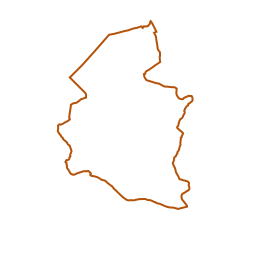 Nakhon Luang, Phra Nakhon Si Ayutthaya, Thailand (Mercator projection), rotated 160°
{"feature_id": "78962969B25127824305120", "entity_name": "Nakhon Luang", "entity_type": "district", "adm_level": 2, "iso_a3": "THA", "parent_name": "Thailand", "parent_adm1": "Phra Nakhon Si Ayutthaya", "projection": "mercator", "projection_center": [100.63, 14.474], "detail": "fine", "context": "isolated", "style": "outline", "palette": "amber", "viewbox_px": 256, "rotation_deg": 160, "n_neighbors": 0, "source": "geoboundaries", "source_scale": "gbopen_adm2", "svg_char_len": 5566}
<svg xmlns="http://www.w3.org/2000/svg" viewBox="0 0 256 256"><g transform="rotate(160 128 128)"><path d="M68.4,208.7L68.9,213.4L69.5,218.1L69.6,218.8L69.9,219.9L70.2,220.6L71.2,219.6L71.6,218.9L72.0,218.4L72.3,218.1L72.7,217.9L73.2,217.6L73.7,217.3L74.4,217.2L74.7,217.0L74.9,216.9L75.0,216.9L75.6,217.1L77.4,217.6L77.7,217.7L78.0,218.0L78.3,218.1L78.8,217.7L79.2,217.6L79.4,217.4L79.7,217.1L79.9,217.0L80.1,217.0L80.2,217.4L80.1,217.7L80.1,217.9L80.2,218.2L80.6,218.8L80.8,218.9L80.9,219.0L85.9,219.1L86.2,219.3L86.7,219.4L90.2,219.7L92.9,219.7L94.5,219.7L97.5,220.2L106.6,221.0L108.1,221.1L113.9,222.1L133.7,211.2L145.7,204.8L149.9,202.6L162.9,196.5L165.4,195.4L158.9,181.4L156.4,176.1L156.2,175.6L156.1,175.0L156.0,174.5L156.0,174.2L156.1,173.6L156.3,172.8L157.0,171.0L157.3,171.1L159.0,171.1L160.8,171.0L162.4,171.1L165.5,169.9L166.7,169.6L167.9,169.4L168.8,169.4L169.3,169.5L170.2,169.9L170.5,169.9L171.7,169.8L173.6,169.4L173.7,169.0L173.9,168.7L174.6,167.6L175.5,165.7L176.8,163.5L179.5,158.4L179.7,157.8L179.7,157.6L179.6,156.3L179.6,156.1L179.9,155.8L181.2,155.6L182.3,155.1L182.8,155.0L184.5,155.0L185.0,154.8L188.3,154.2L189.3,154.2L190.3,154.2L190.9,154.8L191.1,154.9L191.4,154.9L192.5,154.5L192.9,154.3L193.0,154.1L193.2,153.0L193.8,151.4L194.3,150.5L194.7,149.8L194.9,149.4L195.0,148.4L194.9,147.7L194.3,145.4L194.1,145.0L193.8,144.5L193.7,144.4L193.7,143.6L193.6,142.6L193.2,141.9L192.7,140.9L192.7,140.6L192.8,140.1L192.8,139.8L191.5,137.4L190.6,136.0L190.4,135.5L190.3,134.5L190.2,134.1L190.1,133.3L189.4,132.1L188.9,131.6L188.8,130.0L188.9,129.1L188.8,127.4L188.8,126.9L189.1,126.1L189.1,125.9L189.0,125.6L189.0,125.4L190.0,124.4L190.2,124.1L191.0,123.2L191.3,122.6L191.8,121.8L191.8,121.6L191.8,121.2L191.9,120.9L192.3,120.7L192.9,120.5L193.1,120.4L193.3,120.1L193.6,119.3L193.8,119.0L194.0,118.8L194.3,118.7L195.7,118.5L196.0,118.5L196.7,118.9L197.0,118.8L197.3,118.6L197.7,118.1L198.4,117.5L198.4,117.3L198.4,117.2L197.9,116.7L197.7,116.4L197.7,116.1L197.8,115.9L198.1,115.4L198.2,115.1L198.2,114.8L198.1,114.5L198.1,113.7L198.2,113.4L198.6,112.9L198.7,112.6L198.8,111.9L198.9,110.6L198.8,110.4L198.4,109.7L197.9,106.9L197.8,105.5L197.7,105.2L197.3,104.6L196.8,104.1L196.4,103.7L196.2,103.2L195.9,103.1L195.3,102.9L194.5,102.5L191.7,102.8L185.1,102.6L184.3,102.5L183.4,102.2L181.7,101.4L181.0,101.5L180.3,101.4L180.1,101.3L179.9,101.0L179.7,100.9L179.2,99.8L179.0,99.0L178.7,98.7L178.5,97.8L179.1,97.5L179.4,97.2L179.5,97.0L179.5,96.6L179.2,96.1L178.4,95.3L177.9,95.1L176.8,94.5L174.4,92.9L173.8,92.4L173.0,91.6L171.9,90.3L171.6,90.0L171.1,89.1L170.7,88.6L170.2,88.2L167.9,86.6L167.6,86.3L167.1,85.7L166.2,83.7L165.1,81.9L163.1,78.9L162.7,78.1L162.4,77.4L162.4,77.2L162.3,76.7L162.1,76.2L162.0,75.5L161.9,75.4L161.6,75.2L157.7,67.1L156.2,64.3L154.1,61.3L153.7,60.9L153.2,60.4L152.5,60.0L152.1,59.8L149.8,59.1L147.4,58.1L146.2,57.9L145.4,57.9L142.4,57.4L141.7,57.3L140.1,56.8L136.4,55.5L135.9,55.2L135.1,54.6L134.9,54.4L134.5,53.8L132.7,53.0L132.2,52.8L131.6,52.4L130.1,51.1L129.7,50.6L129.2,50.1L128.8,49.7L128.7,49.6L127.9,49.0L127.6,48.5L127.0,48.2L126.6,47.6L126.0,47.1L125.7,46.8L124.7,46.3L123.7,45.6L123.1,45.0L120.2,42.2L118.5,40.7L117.0,39.7L115.9,39.1L114.9,38.6L113.1,37.9L112.1,37.3L108.5,34.8L99.4,33.9L99.2,34.5L99.2,35.0L99.8,36.9L100.7,39.8L101.5,42.0L101.7,42.8L101.7,43.3L101.3,44.3L101.3,44.7L101.2,45.4L101.1,45.8L100.7,46.3L100.4,46.6L99.9,47.2L99.6,47.4L99.4,47.5L99.1,47.6L97.3,47.8L96.3,48.0L94.7,48.5L94.1,48.6L92.9,48.7L92.7,48.8L91.9,49.2L91.3,49.6L91.1,49.9L90.9,50.4L90.7,51.2L90.6,53.4L90.4,53.8L89.6,55.1L89.5,55.3L90.0,57.1L90.7,57.7L91.1,58.1L94.2,60.2L97.0,62.3L97.1,62.5L97.2,63.0L97.2,63.9L97.2,64.8L98.0,69.6L98.0,70.4L97.6,73.4L97.6,74.5L98.0,78.1L98.0,78.7L98.0,79.1L97.9,79.5L97.7,79.9L96.6,81.1L96.0,81.8L94.7,84.3L94.5,84.5L94.3,84.6L92.9,85.0L92.6,85.2L92.3,85.6L91.3,86.6L90.5,86.9L90.4,87.0L90.0,88.2L89.8,88.4L87.9,89.7L87.7,89.9L85.7,92.9L84.2,94.6L84.2,95.2L84.1,95.6L84.0,95.9L82.3,99.3L82.0,99.8L81.8,100.5L81.7,100.8L80.7,101.0L80.3,102.1L79.5,102.5L79.3,102.9L78.4,103.7L78.2,104.0L78.1,104.3L78.1,104.6L78.2,104.9L78.6,105.4L79.5,107.3L80.1,108.1L80.5,108.8L81.4,110.6L81.6,110.9L81.7,111.3L81.6,111.9L81.5,112.0L81.3,112.3L80.8,112.5L80.3,112.7L80.0,113.0L79.6,113.5L79.1,114.5L78.2,115.9L77.5,116.7L76.0,118.3L75.9,118.4L75.6,118.4L74.5,118.6L73.9,118.8L73.4,119.2L72.5,119.9L71.8,120.8L70.9,121.6L69.8,122.4L69.2,123.7L69.2,123.8L69.4,124.5L69.3,124.9L69.1,125.1L68.9,125.4L68.3,125.9L67.6,126.8L65.7,128.2L65.3,128.3L64.2,128.6L63.8,128.7L63.6,128.9L63.6,129.0L63.3,129.7L63.1,129.9L63.0,130.0L61.6,130.3L60.5,130.6L59.1,131.1L58.3,131.5L58.0,131.8L57.8,132.1L57.6,132.7L57.2,134.1L57.1,134.9L57.1,135.4L57.2,135.9L57.3,136.3L57.6,136.5L58.2,136.5L58.4,136.6L59.7,137.4L59.9,137.4L61.3,137.4L64.8,137.2L65.2,137.1L65.7,136.7L66.3,136.4L66.7,136.4L66.8,136.4L67.9,136.8L68.6,137.3L69.3,137.8L69.8,138.3L70.1,138.6L70.2,139.0L70.8,141.5L70.9,142.2L70.8,143.5L70.6,144.3L68.8,148.4L69.5,149.5L69.9,149.9L70.4,150.3L70.6,150.5L73.8,151.8L76.5,153.2L79.5,154.5L79.8,154.7L83.7,159.1L83.9,159.3L85.6,160.1L94.0,166.4L94.5,167.4L94.7,168.2L95.1,170.2L95.1,170.7L94.6,173.2L93.3,173.0L92.9,173.8L92.5,174.4L92.2,174.7L91.7,174.9L91.3,175.1L90.7,175.2L88.6,175.5L86.7,176.0L83.1,176.9L82.3,177.3L79.6,177.9L75.2,179.0L74.4,182.5L74.2,183.1L73.7,183.9L73.7,184.0L73.7,184.4L73.6,184.5L73.2,185.0L73.1,185.3L72.8,186.1L72.1,188.3L72.6,189.9L73.0,191.5L73.0,192.1L72.2,195.6L71.4,200.1L70.5,204.5L70.5,204.9L70.8,207.9L70.9,208.6L68.4,208.7Z" fill="none" stroke="#b45309" stroke-width="2"/></g></svg>